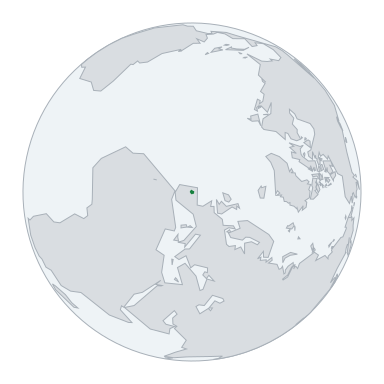 globe centered on Bragança, rotated 102°
{"feature_id": "PRT-750", "entity_name": "Bragança", "entity_type": "District", "adm_level": 1, "iso_a3": "PRT", "parent_name": "Portugal", "parent_adm1": "", "projection": "orthographic", "projection_center": [-6.92, 41.518], "detail": "fine", "context": "on_globe", "style": "filled", "palette": "green", "viewbox_px": 384, "rotation_deg": 102, "n_neighbors": 0, "source": "natural_earth", "source_scale": "10m", "svg_char_len": 10150}
<svg xmlns="http://www.w3.org/2000/svg" viewBox="0 0 384 384"><g transform="rotate(102 192 192)"><circle cx="192" cy="192" r="169" fill="#eef3f6" stroke="#a8b0b8"/><path d="M56.2,292.5L50.0,282.2L46.4,275.7L39.3,262.7L30.3,235.6L30.7,230.9L29.6,225.2L33.4,221.3L33.7,209.3L32.7,205.4L30.9,206.8L28.8,191.7L29.8,180.8L32.6,140.1L35.0,133.1L38.2,126.7L55.3,96.1L40.4,119.9L44.0,112.3L49.9,102.3L50.3,102.4L59.2,90.3L64.7,83.1L77.7,70.7L92.3,62.9L88.3,66.3L92.3,64.4L97.6,60.2L100.1,58.0L120.9,48.8L139.4,39.6L142.1,36.5L143.9,37.7L146.9,32.1L154.9,28.7L147.8,32.8L148.5,33.5L154.9,31.1L157.1,31.4L161.4,30.6L163.4,31.3L159.1,34.1L160.3,34.7L164.7,33.1L169.6,33.0L162.8,35.3L170.5,35.6L164.7,41.2L145.1,48.3L143.7,53.4L128.4,66.3L131.7,66.2L127.9,71.6L130.3,73.7L126.8,75.9L131.7,75.7L134.5,73.4L137.5,72.6L139.2,73.7L135.0,76.5L133.6,76.4L133.2,77.9L130.4,78.9L132.7,79.0L127.4,82.6L135.0,80.8L132.8,85.2L128.7,87.1L126.1,84.5L109.9,84.0L104.9,85.9L100.5,90.7L98.6,104.4L94.3,107.7L90.8,113.9L94.5,112.9L98.6,107.8L104.7,108.0L109.0,102.1L112.1,101.5L117.7,96.7L120.1,100.2L119.4,106.2L114.8,110.4L114.4,113.3L121.3,111.7L115.4,122.4L115.9,134.7L114.0,137.4L105.6,137.7L98.9,131.2L87.9,133.1L98.3,134.8L93.4,142.2L93.9,144.8L96.1,146.3L99.3,144.8L98.3,148.1L87.6,147.3L88.4,144.3L91.7,144.4L88.6,141.6L81.4,141.8L79.4,145.9L70.6,143.1L69.1,146.1L66.4,147.4L69.3,142.6L63.8,151.4L53.1,151.7L45.5,167.0L49.5,151.0L48.7,145.6L47.1,140.8L45.7,143.1L45.5,134.5L42.0,133.0L35.9,142.0L32.1,153.1L32.9,161.3L35.3,158.8L37.2,163.4L31.1,172.3L33.5,183.9L30.5,192.6L30.6,200.3L33.0,203.8L35.1,211.0L38.3,208.9L42.7,211.3L41.1,219.2L44.8,215.0L46.3,221.7L56.1,231.7L54.9,232.7L62.8,250.1L74.1,262.5L76.7,270.0L75.1,272.4L79.6,276.1L79.7,278.4L99.9,292.1L112.2,302.2L113.1,309.3L105.4,313.4L104.3,325.4L92.0,322.2L92.9,325.8L90.2,326.6L82.2,320.4L86.0,323.6L75.2,314.1L65.2,303.7L56.2,292.5ZM42.8,171.3L45.8,188.8L41.9,183.6L43.0,183.5L42.8,178.0L41.5,170.3L38.6,166.3L42.8,171.3ZM49.2,168.2L48.5,165.8L49.5,167.5L49.2,168.2ZM100.8,57.1L97.4,60.2L91.9,64.0L94.5,61.3L100.8,57.1ZM111.7,50.7L110.7,52.0L106.4,53.4L108.3,52.2L111.7,50.7ZM143.5,34.4L140.3,35.9L142.7,34.4L143.5,34.4ZM161.7,30.4L161.9,30.0L164.0,29.7L161.7,30.4ZM116.0,95.3L116.8,96.0L115.3,96.5L116.0,95.3ZM117.7,92.6L115.4,92.7L115.8,91.4L117.2,91.4L117.7,92.6ZM169.1,30.7L172.4,30.8L168.2,31.2L169.1,30.7ZM120.4,92.9L116.9,89.3L117.8,87.1L123.9,85.5L120.4,92.9ZM173.9,31.1L182.2,31.4L183.4,30.3L184.7,34.0L177.2,32.3L171.9,32.9L174.5,31.8L173.9,31.1ZM134.6,72.2L131.8,74.7L132.6,71.6L134.6,72.2ZM134.4,70.4L132.7,62.7L137.7,59.8L137.3,62.8L142.6,58.4L145.9,60.7L143.8,63.7L139.8,65.0L144.1,64.9L134.4,70.4ZM184.1,36.2L185.4,36.8L183.2,36.7L184.1,36.2ZM138.8,72.0L138.0,70.6L142.4,67.9L144.7,70.3L142.6,70.4L138.8,72.0ZM142.4,56.3L146.0,54.9L149.7,56.3L151.6,56.0L146.5,60.6L142.4,56.3ZM142.4,71.6L145.9,71.6L145.3,74.0L139.9,73.3L142.4,71.6ZM142.5,66.3L144.6,65.2L144.2,66.5L142.5,66.3ZM145.3,82.8L144.3,80.9L146.4,79.3L145.3,82.8ZM147.2,71.5L147.3,70.7L148.1,69.9L150.1,70.4L147.2,71.5ZM149.4,61.4L150.2,62.3L151.7,59.5L154.5,60.7L150.6,63.6L153.5,62.9L154.3,63.2L150.1,65.2L149.4,61.4ZM154.5,68.7L150.4,73.2L151.9,76.9L150.0,78.4L147.9,72.2L154.5,68.7ZM152.3,66.5L153.2,68.2L150.4,69.0L148.0,68.4L152.3,66.5ZM157.9,60.5L154.6,58.0L155.5,57.4L157.9,60.5ZM155.4,69.6L156.4,68.5L155.9,69.8L155.4,69.6ZM157.8,63.0L156.4,62.2L157.6,61.6L157.8,63.0ZM159.4,67.2L158.1,68.6L156.4,68.2L159.4,67.2ZM159.1,65.2L161.0,64.6L156.6,67.2L158.3,64.8L159.1,65.2ZM159.0,62.6L159.3,62.0L159.4,63.1L159.0,62.6ZM166.4,68.3L161.3,71.7L157.7,70.6L163.1,67.4L166.4,68.3ZM290.4,54.7L291.4,55.4L288.4,53.4L295.7,58.9L291.8,56.4L299.3,62.3L300.8,63.0L295.8,58.8L304.0,65.5L313.7,74.8L322.6,84.8L330.7,95.5L337.9,106.7L344.2,118.5L349.5,130.8L348.8,129.1L351.3,136.3L349.4,131.7L346.2,128.1L348.8,138.6L354.3,162.5L357.9,175.4L358.5,185.2L352.2,175.0L346.7,164.8L346.1,169.8L338.2,166.8L329.2,180.8L326.5,178.9L325.1,183.2L319.3,184.7L314.6,181.2L311.7,184.6L323.9,193.6L326.8,190.0L327.2,180.9L330.2,185.2L335.6,184.9L334.7,204.4L319.0,234.0L315.1,225.0L290.9,206.5L290.3,202.7L290.1,202.3L289.7,201.7L289.9,208.3L284.9,204.2L300.4,219.6L304.0,227.4L318.9,234.8L318.0,237.3L322.1,237.6L332.2,223.6L332.8,227.0L329.5,247.3L313.4,279.7L314.2,290.1L310.7,300.5L297.8,313.5L295.9,319.2L288.8,324.8L286.4,328.2L279.0,334.0L267.7,340.8L251.8,346.8L253.1,344.7L248.7,342.0L243.5,330.0L250.0,320.9L249.6,314.8L237.8,302.2L240.5,292.3L236.8,289.1L229.4,291.5L224.8,287.4L220.0,288.0L188.9,294.0L178.0,287.7L161.6,266.3L166.3,257.8L164.6,247.2L194.4,208.9L203.4,210.4L230.0,200.6L233.8,201.2L233.7,210.5L256.0,215.2L259.7,206.1L276.9,205.0L286.5,199.7L284.6,182.1L268.9,190.5L263.2,184.0L273.4,170.6L286.7,163.7L284.9,161.0L274.0,159.3L274.5,151.8L270.0,158.2L273.7,159.9L270.9,164.2L267.4,162.9L267.7,160.2L263.0,161.0L262.6,174.3L266.4,177.5L255.6,184.6L260.8,190.7L258.8,195.4L249.2,186.9L248.2,182.6L232.5,174.8L232.5,179.8L247.4,187.7L243.9,187.9L244.1,195.4L241.1,189.9L224.9,180.6L213.5,186.2L203.3,206.0L195.7,208.4L187.3,205.6L186.7,187.5L203.7,184.2L203.7,178.4L196.5,170.9L202.3,170.7L201.5,167.5L207.6,166.0L212.4,156.7L218.1,154.6L216.5,144.4L219.1,142.1L219.3,148.6L222.5,152.3L236.0,147.4L237.6,144.5L235.4,138.4L239.4,138.1L235.6,132.9L241.7,127.7L231.1,129.9L228.3,123.5L230.0,117.1L227.2,115.5L224.4,126.1L225.0,130.0L228.6,132.7L228.5,144.6L224.6,147.8L217.5,137.4L211.2,141.0L208.4,131.8L217.6,108.0L223.3,101.8L240.1,103.9L240.9,108.5L235.2,109.8L243.7,114.0L241.4,111.0L244.7,111.0L242.9,105.3L245.2,105.0L239.5,100.3L242.1,99.4L245.6,102.4L245.1,93.8L249.5,90.8L248.3,89.0L245.8,88.0L253.0,85.1L251.8,84.0L249.0,84.5L244.7,82.6L240.0,78.4L242.8,77.6L244.8,79.0L253.3,81.1L258.4,85.3L259.1,84.6L255.3,80.8L244.9,78.2L241.3,76.0L246.2,76.5L244.2,76.1L243.2,74.8L244.9,72.8L239.5,72.0L225.5,59.7L227.4,55.2L233.3,56.7L226.4,48.7L229.1,45.1L226.4,45.4L221.4,42.3L220.5,43.3L218.9,43.3L205.5,36.9L204.5,35.1L195.8,33.5L194.4,33.8L194.6,35.0L184.7,34.0L183.4,30.3L186.5,29.8L183.6,28.2L191.2,27.5L196.1,26.4L206.1,27.1L209.1,26.6L207.5,26.1L210.5,25.3L221.8,26.0L219.3,27.5L203.7,28.7L210.6,28.2L211.0,29.1L214.8,29.5L219.5,29.3L218.8,28.8L236.6,34.1L252.0,37.7L246.1,34.6L246.4,33.6L258.7,37.0L284.7,50.8L285.0,50.9L290.4,54.7ZM187.5,229.0L187.4,232.4L187.5,229.0ZM303.2,164.3L309.5,159.0L302.5,151.8L304.3,149.2L301.2,147.9L301.9,151.3L293.7,147.0L295.0,141.6L292.0,138.0L289.8,139.7L288.8,150.5L300.5,156.4L300.9,161.8L303.2,164.3ZM56.4,231.9L57.4,234.6L55.7,233.0L56.4,231.9ZM40.2,186.0L41.4,188.5L41.6,190.9L40.5,189.5L40.2,186.0ZM53.0,204.6L54.9,207.7L52.4,205.9L53.0,204.6ZM46.6,191.3L51.4,202.4L46.7,199.7L43.8,192.8L46.4,195.6L46.6,191.3ZM46.3,171.7L46.8,173.7L45.9,174.8L46.3,171.7ZM50.0,169.5L49.6,169.1L49.8,167.2L50.0,169.5ZM94.0,142.2L94.8,142.4L96.5,144.5L94.7,144.6L94.0,142.2ZM110.3,147.9L108.4,153.3L108.5,149.4L105.5,150.4L102.1,143.8L112.9,138.5L108.6,141.9L110.3,147.9ZM100.6,134.1L101.5,138.5L100.1,133.9L100.6,134.1ZM190.9,152.2L194.2,153.9L193.6,157.9L186.4,161.7L187.2,155.7L190.9,152.2ZM198.9,155.4L193.8,144.6L198.0,142.1L196.5,145.3L199.8,144.7L198.3,149.7L207.3,158.4L207.4,162.6L194.2,166.6L198.4,162.8L195.0,161.3L198.9,155.4ZM173.3,124.7L171.1,120.9L183.1,120.4L183.7,124.0L176.7,127.7L171.8,125.6L173.3,124.7ZM131.8,91.1L130.2,90.3L131.3,89.4L133.7,89.3L131.8,91.1ZM144.7,82.0L140.0,93.6L137.9,93.3L137.7,101.0L132.1,103.1L132.5,98.0L128.0,105.7L126.1,101.9L123.7,107.3L125.0,95.7L123.1,92.9L127.4,95.1L132.5,93.1L134.2,91.4L137.5,84.7L135.9,78.2L140.8,75.5L144.6,75.4L145.8,76.5L142.2,77.8L146.3,78.4L142.0,81.2L144.7,82.0ZM186.9,80.3L182.3,80.4L189.6,83.8L185.5,86.0L186.6,86.2L184.7,89.2L184.4,93.5L182.0,94.0L182.9,95.4L181.7,97.6L182.1,99.8L178.1,101.6L178.3,104.6L176.3,103.8L177.7,108.5L174.8,105.9L173.0,108.7L176.7,109.7L153.9,116.0L146.5,121.2L141.9,127.2L137.7,122.5L139.2,114.0L144.1,105.0L151.8,100.8L148.4,99.6L151.1,97.4L152.6,99.3L151.9,95.1L154.5,93.8L158.9,86.9L156.2,82.1L157.7,79.6L160.1,80.8L159.9,77.5L165.4,78.3L166.6,76.7L173.2,76.0L177.0,79.7L178.1,77.6L183.2,77.2L186.9,80.3ZM168.3,68.2L173.8,71.8L174.3,74.8L162.6,74.8L160.7,76.2L153.3,76.7L152.8,72.4L155.0,72.6L157.0,71.8L156.3,73.5L158.4,71.6L161.4,71.9L163.8,70.6L165.0,72.1L168.3,68.2ZM236.3,196.9L239.0,196.6L242.7,195.0L242.8,199.9L236.3,196.9ZM225.2,190.8L227.3,189.6L229.4,195.3L226.7,195.8L225.2,190.8ZM226.7,184.3L227.3,189.1L225.3,186.8L226.7,184.3ZM221.1,147.4L223.1,145.9L224.0,147.2L223.7,149.7L221.1,147.4ZM207.7,92.2L205.0,91.4L205.2,90.5L201.1,86.7L203.8,85.1L207.4,86.7L207.7,92.2ZM282.9,186.4L281.2,191.0L279.3,190.3L280.3,188.8L282.9,186.4ZM261.9,196.4L267.5,196.3L261.9,197.8L261.9,196.4ZM210.0,89.7L208.0,88.3L210.7,88.4L210.0,89.7ZM205.6,83.7L208.5,83.4L203.7,84.5L205.6,83.7ZM329.3,283.5L316.0,305.0L310.9,309.4L312.3,306.0L318.7,294.5L325.3,286.6L329.2,279.5L329.3,283.5ZM358.3,176.1L359.8,180.5L359.9,184.2L358.3,176.1ZM230.9,76.0L233.5,82.8L237.3,87.2L242.3,88.5L236.4,89.8L230.6,83.0L230.9,76.0ZM225.9,61.7L221.5,60.9L222.6,59.6L223.8,59.6L225.9,61.7ZM223.9,62.4L220.1,64.6L217.1,63.2L220.7,61.7L223.9,62.4ZM215.3,76.6L215.9,78.7L213.7,78.5L215.3,76.6ZM256.8,36.0L253.1,34.5L249.7,33.2L256.8,36.0ZM249.8,33.3L251.9,34.2L244.6,33.4L241.8,32.9L244.8,31.9L246.9,32.8L249.6,33.5L249.8,33.3ZM186.6,36.2L185.5,36.8L185.3,36.0L186.6,36.2ZM218.5,44.0L216.2,43.8L216.0,42.7L218.5,44.0ZM209.8,42.9L211.6,44.2L208.5,43.1L209.8,42.9ZM215.9,47.2L211.8,44.8L217.3,46.6L215.9,47.2Z" fill="#d9dde1" stroke="#a8b0b8" stroke-width="1"/><path d="M193.0,192.6L192.9,192.7L192.6,192.7L192.6,192.8L192.5,193.0L192.4,193.0L192.3,193.3L192.2,193.4L191.9,193.4L191.7,193.3L191.6,193.2L191.4,193.1L191.2,193.1L190.9,192.9L191.0,192.8L190.9,192.8L190.9,192.7L191.0,192.7L191.0,192.4L191.0,192.2L191.3,192.0L191.3,191.9L191.3,191.7L191.4,191.4L191.4,191.2L191.4,190.9L191.4,190.7L191.5,190.6L191.8,190.7L192.0,190.8L192.1,190.7L192.3,190.6L192.4,190.8L192.6,190.8L192.7,190.7L192.8,190.7L192.8,190.8L192.9,191.0L192.8,191.3L192.8,191.5L193.0,191.6L193.3,191.6L193.5,191.8L193.5,192.0L193.4,192.1L193.3,192.3L193.2,192.3L193.1,192.5L193.0,192.6Z" fill="#22c55e" stroke="#15803d" stroke-width="1.5"/></g></svg>